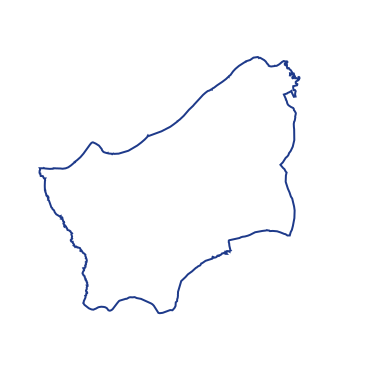 Bireuen, Aceh, Indonesia, rotated 339°
{"feature_id": "22746128B71427834061478", "entity_name": "Bireuen", "entity_type": "district", "adm_level": 2, "iso_a3": "IDN", "parent_name": "Indonesia", "parent_adm1": "Aceh", "projection": "robinson", "projection_center": [96.671, 5.084], "detail": "fine", "context": "isolated", "style": "outline", "palette": "blue", "viewbox_px": 384, "rotation_deg": 339, "n_neighbors": 0, "source": "geoboundaries", "source_scale": "gbopen_adm2", "svg_char_len": 5931}
<svg xmlns="http://www.w3.org/2000/svg" viewBox="0 0 384 384"><g transform="rotate(339 192 192)"><path d="M207.1,260.5L207.0,260.3L207.6,255.7L208.3,253.1L208.3,252.1L209.0,250.5L209.6,250.4L220.0,252.0L221.0,251.8L223.1,251.9L225.5,252.5L228.5,252.8L230.9,252.8L236.5,252.2L243.9,253.6L247.4,254.5L248.2,254.4L249.2,255.2L250.1,255.5L250.7,256.4L253.5,257.3L257.4,259.2L260.1,261.4L263.1,264.2L264.2,264.9L265.5,266.8L267.7,267.6L269.7,264.9L271.7,263.1L274.0,259.9L278.2,253.1L281.2,246.0L282.1,242.2L283.2,234.0L282.7,231.7L282.9,227.3L282.7,223.3L283.1,216.1L285.6,210.2L287.3,207.7L286.8,206.5L286.5,203.8L285.6,202.1L284.3,198.3L287.4,196.9L291.7,193.7L293.9,192.9L295.5,191.8L296.4,190.6L298.8,189.1L302.3,185.8L306.1,180.2L309.9,169.9L310.4,167.9L311.4,164.9L312.6,162.9L313.2,162.5L313.8,161.7L315.2,159.3L315.3,158.6L317.0,156.1L317.2,155.2L316.8,152.8L316.5,152.1L316.8,150.9L316.6,149.9L314.8,148.0L313.1,145.5L312.7,143.7L313.0,141.2L312.9,140.0L312.7,139.5L313.0,139.1L312.7,133.9L316.1,134.1L316.6,133.8L319.0,133.7L320.9,133.3L320.8,134.3L321.2,139.6L322.9,140.0L323.2,137.8L324.3,135.8L324.9,135.1L324.9,134.6L324.6,133.7L323.3,133.3L323.9,130.7L324.4,129.5L328.3,130.0L328.8,129.5L329.0,129.0L327.9,127.7L328.2,126.5L329.1,126.0L331.1,125.8L332.2,125.3L333.2,124.2L333.3,123.3L333.0,122.9L332.6,122.9L332.1,124.3L331.7,124.6L330.9,124.0L330.3,123.1L329.1,122.8L329.0,121.7L329.6,121.0L329.4,120.5L328.0,121.2L327.4,122.0L326.8,122.0L326.6,121.8L326.6,121.2L326.9,120.7L329.2,120.0L329.5,118.1L329.4,117.7L329.0,117.7L328.6,118.5L328.3,118.5L326.7,117.6L325.6,118.4L325.2,118.2L325.7,117.3L326.0,116.3L326.5,116.6L327.4,117.5L328.3,116.8L328.3,115.9L327.9,113.8L327.6,113.1L327.0,112.5L326.9,111.2L326.7,110.9L325.5,110.9L325.3,110.7L325.5,108.9L326.2,107.5L326.2,106.9L325.6,106.7L324.6,107.0L324.3,106.4L324.7,105.3L327.0,105.4L327.5,105.1L327.7,104.8L327.4,104.0L326.4,103.8L324.5,102.6L322.9,102.8L319.5,104.0L316.7,104.5L315.6,104.4L314.5,103.8L314.2,104.0L310.9,103.2L309.5,102.3L308.8,101.6L308.9,100.5L308.2,99.2L307.6,96.6L306.7,94.8L303.8,91.2L303.3,90.9L302.5,91.0L301.9,89.6L297.5,88.6L293.6,89.6L289.2,89.3L288.8,89.4L288.8,89.7L287.2,89.8L281.0,91.1L276.7,92.6L273.6,94.1L269.8,96.6L268.1,97.0L267.8,97.4L267.6,96.8L267.6,97.2L267.4,97.4L264.3,98.7L259.8,100.0L253.7,101.4L250.0,102.5L248.3,102.7L247.6,103.1L247.2,103.6L246.7,103.1L244.7,103.5L242.8,103.4L240.1,104.2L237.1,105.3L225.4,111.1L224.0,111.9L218.7,114.1L211.6,117.9L206.2,120.1L205.2,120.3L204.6,120.6L203.9,120.6L203.8,120.9L203.5,121.0L199.0,122.3L195.2,123.3L185.3,124.4L171.8,124.2L171.2,124.0L171.1,123.5L170.7,123.8L170.7,124.2L166.6,126.1L162.4,127.6L157.6,129.0L147.4,130.7L137.3,129.9L133.0,128.5L132.3,127.9L131.0,128.1L130.7,127.5L128.2,126.3L127.4,125.7L127.4,125.4L127.0,125.5L126.1,124.9L124.2,123.4L123.5,122.4L123.0,120.6L123.1,119.6L121.8,115.4L119.4,112.2L117.5,110.3L116.7,110.0L115.6,110.2L113.9,111.1L104.4,117.3L100.3,119.5L96.1,121.1L93.5,121.8L93.7,122.1L93.6,122.3L92.8,122.3L88.6,123.8L85.3,124.6L82.5,124.6L79.5,123.9L77.8,123.0L72.8,120.9L72.0,120.3L72.1,119.8L71.8,120.3L71.2,120.2L71.1,120.5L70.0,120.3L67.4,119.4L63.1,117.3L62.3,116.5L62.0,116.7L58.5,115.3L58.6,116.0L58.3,116.1L58.1,116.9L57.4,117.5L56.6,119.2L56.5,120.2L57.0,120.4L56.5,122.8L58.4,123.7L58.7,126.2L59.8,126.7L59.5,126.9L58.9,128.8L58.6,129.1L56.9,133.1L55.9,135.9L55.6,138.0L55.3,137.9L55.1,139.9L55.2,141.0L54.8,142.9L54.9,143.5L55.7,143.7L56.1,145.4L55.9,146.2L55.6,146.3L55.3,146.1L55.1,147.8L54.9,147.9L55.4,148.6L55.2,156.0L55.7,156.9L55.7,158.1L56.6,159.7L56.6,161.8L57.3,164.2L59.7,167.3L60.8,167.3L60.3,168.5L61.7,169.2L61.7,169.6L60.4,170.2L61.5,171.1L61.2,172.8L61.8,173.9L61.7,174.7L60.8,175.0L60.6,175.5L61.3,177.1L61.1,177.5L60.4,177.9L60.4,178.4L60.5,178.8L61.7,178.5L62.0,179.0L62.0,180.7L62.4,181.2L62.1,182.6L62.3,182.9L63.8,184.1L64.0,184.8L64.4,185.0L64.5,186.2L65.2,187.6L64.5,187.9L64.2,188.3L64.1,190.6L63.2,191.9L63.4,192.6L62.3,193.2L61.7,193.3L61.4,194.0L61.6,195.0L61.8,195.3L62.8,195.7L62.5,197.0L62.8,197.6L63.0,199.0L62.3,199.5L62.9,200.2L63.2,201.5L64.2,201.3L64.6,201.7L64.8,202.4L65.4,202.6L65.6,203.1L66.1,203.2L67.3,204.2L67.3,205.0L67.7,206.6L66.8,207.0L67.2,207.5L68.0,207.5L68.5,209.9L69.1,210.5L70.0,212.3L69.5,213.4L69.6,215.2L69.1,215.8L69.5,216.6L69.3,218.1L69.0,218.8L68.1,219.2L68.3,219.4L68.3,219.8L67.1,221.0L67.0,221.8L66.0,222.2L66.1,222.8L65.8,223.7L64.6,224.0L64.4,224.7L63.2,224.3L63.3,225.6L63.1,226.5L62.1,227.0L60.7,228.5L60.6,229.2L61.0,230.1L60.8,230.9L61.6,232.2L61.2,233.7L61.6,234.7L61.1,235.4L61.1,235.9L61.2,236.2L61.5,236.3L61.4,237.1L61.7,237.5L61.4,238.3L61.7,238.9L61.3,239.7L61.2,241.5L60.9,241.7L60.4,241.6L60.6,242.4L60.2,242.5L59.5,243.4L59.0,244.9L57.9,245.8L57.6,246.3L57.6,246.8L58.0,247.5L57.7,247.9L57.7,248.2L58.0,248.6L57.9,248.8L57.0,248.8L56.3,250.3L55.1,250.6L55.2,251.6L54.4,252.7L51.9,255.1L51.4,256.1L50.7,256.7L51.2,258.9L54.1,263.7L56.1,265.6L57.7,266.5L60.9,266.4L62.5,266.1L63.9,266.1L66.2,266.6L68.5,267.7L69.8,268.6L70.9,270.0L71.6,272.5L72.8,273.4L74.5,273.4L76.0,272.9L82.3,269.0L84.6,267.7L85.4,267.5L92.0,268.0L92.8,268.3L95.6,267.9L96.9,268.2L98.6,269.0L100.8,269.6L102.4,271.2L106.1,273.5L113.8,281.3L114.8,282.6L115.6,284.4L117.3,292.8L118.5,293.6L121.4,294.3L129.3,294.4L131.4,295.4L134.1,294.0L135.8,292.5L137.3,289.2L139.0,288.5L139.8,286.7L140.7,285.7L141.8,283.6L142.1,282.6L142.6,281.7L143.1,280.3L150.0,271.3L155.4,269.1L158.7,267.4L163.6,266.1L168.5,264.2L169.2,264.2L170.9,263.6L173.4,263.4L175.1,262.0L175.9,262.1L180.0,261.1L187.1,261.5L187.8,261.2L187.7,260.2L188.1,259.9L189.1,260.8L189.3,261.3L190.4,261.5L191.4,261.5L192.5,261.0L193.8,261.2L193.6,260.7L196.3,261.0L198.2,260.1L198.6,260.4L200.8,260.2L200.9,261.6L202.3,262.2L202.0,261.3L201.9,260.5L201.4,259.9L201.7,259.6L202.5,260.4L203.1,260.4L203.6,259.7L204.6,260.2L205.3,260.9L205.3,260.5L205.8,260.7L207.1,260.5Z" fill="none" stroke="#1e3a8a" stroke-width="2"/></g></svg>